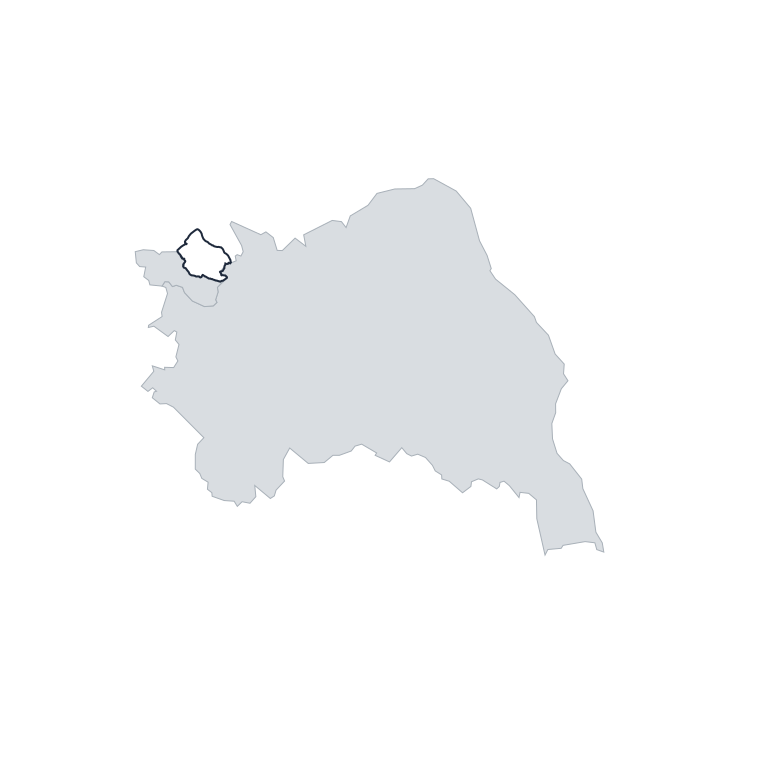 Suriname and the surrounding countries, rotated 309°
{"feature_id": "SUR", "entity_name": "Suriname", "entity_type": "country or territory", "adm_level": 0, "iso_a3": "SUR", "parent_name": "South America", "parent_adm1": "", "projection": "equal_earth", "projection_center": [-56.071, 3.918], "detail": "medium", "context": "with_neighbors", "style": "outline", "palette": "slate", "viewbox_px": 768, "rotation_deg": 309, "n_neighbors": 2, "source": "natural_earth", "source_scale": "50m", "svg_char_len": 4490}
<svg xmlns="http://www.w3.org/2000/svg" viewBox="0 0 768 768"><g transform="rotate(309 384 384)"><path d="M391.7,660.6L389.2,653.6L393.3,647.8L388.1,639.5L371.3,624.7L367.8,625.1L358.5,615.5L352.4,616.8L375.5,587.5L389.9,575.4L390.1,565.3L385.4,557.9L380.7,560.4L383.9,545.4L384.0,538.4L380.5,536.1L376.9,538.1L373.4,537.6L371.4,520.8L369.6,517.0L363.1,513.5L359.1,516.0L348.9,513.5L349.5,495.9L346.6,488.7L349.6,486.0L348.7,478.5L351.3,472.8L353.0,462.5L350.7,454.4L345.3,450.7L344.2,445.5L345.7,437.9L326.9,437.3L323.0,422.0L325.8,421.7L323.2,404.5L317.5,400.6L311.3,400.7L300.5,394.2L296.5,389.2L285.4,387.0L274.6,375.1L274.9,351.0L262.0,353.3L248.2,363.7L246.0,367.8L233.6,366.9L228.0,369.2L223.5,367.7L223.8,347.4L215.8,355.3L207.0,354.9L203.2,347.8L196.6,347.0L198.6,341.3L192.9,333.2L188.6,321.1L191.2,318.6L191.1,313.0L197.0,309.1L196.0,301.8L198.5,297.2L199.1,290.9L210.5,281.7L219.9,277.1L228.9,277.8L233.5,235.0L231.9,227.3L227.5,222.4L227.5,212.6L233.2,210.4L235.2,211.8L235.5,206.6L229.7,205.2L229.6,196.8L249.0,197.1L252.3,192.5L257.0,204.7L258.9,203.0L264.4,210.2L272.2,209.3L274.1,205.2L285.7,199.8L286.9,194.1L294.0,190.3L293.5,187.4L285.0,186.3L284.1,168.8L279.6,165.3L281.5,164.1L296.8,169.1L299.7,166.0L318.1,158.8L321.7,153.7L320.4,149.9L325.6,149.3L327.9,152.4L326.6,158.3L330.0,160.4L332.3,166.6L329.5,171.4L327.9,182.8L331.2,195.8L337.3,202.2L342.3,202.8L343.4,200.2L351.0,197.2L354.3,193.7L367.7,195.4L367.9,186.1L376.7,185.9L386.7,191.6L389.8,187.9L392.1,188.5L393.4,192.3L398.2,191.3L402.0,186.2L411.0,164.0L414.4,163.3L422.5,194.3L427.9,196.5L428.1,205.8L420.6,216.9L423.7,221.0L441.4,223.1L441.8,236.6L449.4,227.7L478.5,240.8L483.4,248.7L481.7,256.1L493.4,252.0L512.8,259.1L527.7,258.6L542.4,269.7L555.0,284.8L562.7,288.7L571.2,289.2L574.8,293.4L579.4,318.7L575.1,340.8L555.4,368.1L548.8,383.2L541.2,394.7L538.7,395.0L535.7,404.7L535.7,429.5L531.0,458.5L527.8,463.7L525.4,481.1L515.0,498.1L512.9,511.5L504.9,517.1L502.3,524.9L491.9,524.8L476.6,529.8L469.7,535.5L458.9,539.3L447.4,549.5L439.0,562.1L437.4,571.6L438.8,578.6L434.5,597.5L427.8,604.4L417.0,626.3L402.2,641.9L397.9,653.6L391.7,660.6Z" fill="#d9dde1" stroke="#a8b0b8" stroke-width="1"/><path d="M362.3,194.3L354.3,193.7L351.0,197.2L343.4,200.2L342.3,202.8L337.3,202.2L331.2,195.8L327.9,182.8L329.5,171.4L332.3,166.6L330.0,160.4L326.6,158.3L327.9,152.4L325.6,149.3L320.4,149.9L313.7,139.7L316.4,136.0L316.2,129.8L324.9,125.2L321.5,120.2L322.3,115.3L330.3,107.4L336.8,112.4L342.9,121.1L343.2,128.0L346.9,128.3L356.2,139.5L354.6,151.6L348.5,155.1L347.2,165.2L351.6,175.0L354.8,175.0L356.2,182.6L362.3,194.3Z" fill="#d9dde1" stroke="#a8b0b8" stroke-width="1"/><path d="M386.0,147.8L385.2,148.7L384.3,150.1L383.1,152.4L383.1,153.2L382.9,153.8L382.8,154.8L382.9,156.0L383.2,156.8L383.4,158.2L383.1,159.5L383.7,162.8L383.6,163.3L384.2,164.2L384.1,165.3L385.1,167.4L385.6,168.3L386.5,169.2L387.3,171.0L387.6,171.2L387.7,171.6L387.6,172.4L387.5,173.5L387.0,174.8L385.7,177.1L385.6,177.7L385.9,179.6L385.7,182.0L383.6,186.8L382.8,187.4L382.3,188.4L381.6,188.5L381.0,188.6L380.7,188.1L380.6,187.6L380.4,187.0L380.0,186.9L379.1,187.1L378.9,186.9L377.9,185.6L377.8,184.9L377.6,185.0L376.9,185.6L376.5,185.7L376.1,185.6L375.8,185.6L374.8,186.2L374.2,186.4L373.8,187.0L370.3,187.5L368.3,186.0L368.1,186.0L367.9,186.0L367.7,186.3L367.4,187.7L366.3,188.9L366.3,189.5L366.9,189.8L367.4,190.8L368.5,192.4L368.3,194.5L368.0,194.9L367.4,195.1L363.1,193.9L362.8,193.8L362.0,192.9L360.6,192.5L360.0,191.4L359.2,189.2L358.8,188.6L358.3,187.7L358.2,186.8L357.7,185.8L357.4,184.4L357.2,184.3L357.0,184.0L356.6,182.6L356.4,182.5L356.0,181.8L355.7,181.5L355.6,181.1L355.6,180.0L355.4,179.5L355.3,178.1L355.2,177.6L354.9,177.3L354.8,174.8L354.6,174.4L353.4,174.5L352.2,174.8L351.2,174.2L351.1,173.8L351.2,172.6L350.5,171.6L349.3,170.4L349.0,168.9L348.6,168.0L347.3,166.0L347.1,164.7L347.1,163.7L348.2,161.4L348.4,160.0L349.2,157.1L349.0,156.3L348.6,155.6L348.5,155.0L348.9,154.2L349.2,153.6L349.6,153.6L350.2,153.2L350.6,152.7L352.0,152.6L353.5,152.6L354.4,152.3L354.6,151.9L354.6,151.2L355.0,150.5L355.6,150.0L355.6,149.7L355.3,149.4L354.9,149.3L354.5,148.1L355.1,146.6L355.2,146.1L355.7,145.2L355.8,145.5L356.3,144.0L356.3,142.7L357.1,140.0L358.0,139.3L363.0,140.0L365.3,140.7L368.2,141.9L368.7,143.2L368.7,141.9L368.5,140.6L369.4,139.7L371.1,139.4L373.8,139.8L376.1,139.3L379.3,139.3L384.0,140.4L386.2,141.1L387.0,141.8L387.2,142.9L387.1,144.4L386.8,145.9L386.0,147.8Z" fill="none" stroke="#1e293b" stroke-width="2"/></g></svg>